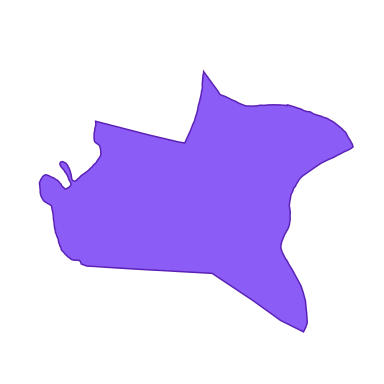 the district of Cap Estate/Mon Du Cap, Gros Islet, Saint Lucia, rotated 279°
{"feature_id": "8701671B34039397692989", "entity_name": "Cap Estate/Mon Du Cap", "entity_type": "district", "adm_level": 2, "iso_a3": "LCA", "parent_name": "Saint Lucia", "parent_adm1": "Gros Islet", "projection": "orthographic", "projection_center": [-60.937, 14.106], "detail": "fine", "context": "isolated", "style": "filled", "palette": "violet", "viewbox_px": 384, "rotation_deg": 279, "n_neighbors": 0, "source": "geoboundaries", "source_scale": "gbopen_adm2", "svg_char_len": 4927}
<svg xmlns="http://www.w3.org/2000/svg" viewBox="0 0 384 384"><g transform="rotate(279 192 192)"><path d="M261.7,344.0L264.1,342.9L265.9,341.6L268.3,339.6L270.7,337.5L273.9,335.3L275.3,334.0L276.3,332.2L278.1,330.0L279.3,327.8L282.9,321.6L284.2,318.5L284.7,316.6L285.7,314.5L286.1,312.6L286.3,310.3L287.0,308.0L287.3,305.5L287.6,303.4L287.9,301.1L288.3,299.2L289.1,297.8L289.6,296.2L289.6,294.7L289.5,293.0L289.8,290.1L290.8,287.3L291.3,284.7L291.4,283.2L291.9,281.1L292.0,279.9L292.4,277.9L292.5,275.9L292.9,274.3L292.9,272.3L292.2,272.4L292.1,270.4L292.1,268.6L291.8,266.8L291.8,265.3L291.5,263.8L291.5,263.3L291.2,261.8L291.2,260.9L290.8,258.5L290.5,256.9L290.2,255.2L289.9,253.5L289.3,251.4L288.7,248.7L288.6,247.3L288.2,245.1L287.2,242.7L286.8,240.5L286.1,237.4L286.0,236.0L285.5,232.9L285.5,232.4L285.6,231.0L285.9,229.5L286.2,227.9L286.7,225.8L287.1,224.2L288.5,220.5L288.8,219.0L289.2,217.2L289.7,215.7L290.4,213.7L290.8,211.8L291.4,210.6L291.7,209.0L292.1,207.0L292.4,205.6L292.8,204.3L294.0,203.2L295.0,202.5L296.2,201.3L312.7,184.7L311.1,184.9L309.1,184.6L306.9,184.8L305.1,184.9L303.5,185.0L301.3,185.2L299.3,185.3L297.8,185.8L295.7,186.0L293.8,185.7L292.3,185.7L290.3,185.8L282.5,185.3L279.3,184.9L277.8,184.7L276.6,184.8L273.3,184.7L271.9,184.5L270.2,184.4L268.2,184.0L265.9,183.6L262.7,183.4L259.8,182.5L258.2,182.1L253.8,181.2L253.0,181.0L239.3,177.2L239.3,171.4L241.6,140.2L246.8,85.7L246.0,85.8L245.3,86.1L244.4,86.4L243.2,86.4L242.0,86.4L241.1,86.4L240.3,86.2L239.2,86.2L238.5,86.2L237.4,86.3L236.3,86.2L235.5,86.2L234.4,86.2L233.4,86.3L231.4,86.6L230.7,86.7L229.8,86.9L229.2,87.0L228.0,87.3L227.4,87.6L226.6,87.9L226.1,88.6L225.6,89.3L224.9,90.5L224.6,91.3L224.3,92.3L223.5,93.1L223.1,93.4L222.3,94.0L221.3,94.4L220.4,94.7L219.8,95.0L219.1,95.3L218.3,95.4L217.2,95.7L216.4,95.7L215.3,96.3L214.4,96.0L213.0,95.8L211.8,95.4L210.6,94.8L209.7,94.2L208.3,93.6L207.1,93.1L206.1,92.7L205.1,92.1L204.2,91.2L203.8,90.9L202.8,90.2L201.6,89.7L200.5,88.9L199.5,88.0L198.5,87.3L197.5,86.5L196.4,85.7L195.1,84.4L194.0,83.3L192.9,82.2L192.0,81.2L190.8,80.0L188.9,78.7L188.0,78.0L186.7,76.8L186.0,76.3L185.4,76.0L184.6,75.0L184.4,74.0L184.2,73.3L184.9,72.1L185.6,71.5L186.8,70.9L187.8,70.7L188.6,70.4L189.4,70.1L190.2,70.0L191.0,69.5L191.5,69.2L192.7,68.8L193.6,68.4L194.8,67.7L196.0,67.0L196.9,66.4L197.3,65.9L198.1,65.5L199.0,64.8L200.0,63.7L200.7,62.9L201.2,61.6L201.5,60.6L201.8,59.5L201.5,58.7L201.3,58.0L200.8,57.5L200.0,57.2L199.3,57.1L198.3,57.3L197.5,58.0L196.6,58.6L195.5,59.8L193.3,62.4L192.0,63.3L191.4,64.2L190.8,64.6L189.7,65.5L188.8,66.5L187.8,66.9L187.2,67.5L186.4,67.7L184.7,68.6L183.7,69.7L182.6,70.3L181.6,71.0L180.6,71.2L180.0,71.3L179.1,70.9L178.2,70.3L177.5,69.8L176.7,68.7L176.1,68.0L175.5,67.2L175.0,66.5L175.6,65.3L176.4,64.5L177.2,63.1L178.2,61.9L179.0,61.7L180.2,60.1L181.0,59.3L181.6,58.5L182.3,57.8L182.8,56.3L183.4,54.9L184.2,53.5L184.5,52.2L184.7,51.4L184.9,50.0L185.4,48.9L185.7,48.3L185.8,47.4L185.9,46.8L186.1,46.0L186.2,45.4L186.1,44.7L185.7,44.1L185.4,43.5L185.0,43.0L183.5,41.9L182.7,41.7L182.0,41.5L180.7,40.6L179.4,40.5L178.1,40.0L176.5,40.0L175.2,40.4L173.9,40.8L172.5,41.1L170.6,41.7L168.5,42.0L167.9,42.1L166.7,42.6L165.7,42.8L164.7,43.4L163.7,43.9L163.0,44.5L161.7,45.5L160.6,46.4L160.0,47.0L159.6,47.8L159.2,48.5L158.7,49.8L158.4,50.4L157.7,52.4L157.5,53.1L157.2,53.7L156.8,54.6L156.4,55.1L155.7,55.6L154.3,56.2L153.4,56.3L152.9,56.5L152.1,56.9L150.3,57.6L148.2,58.3L147.3,58.5L145.6,59.0L143.7,59.3L141.6,60.1L140.8,60.4L139.2,60.8L138.2,61.0L135.9,61.7L134.1,62.2L132.5,63.1L130.6,63.5L129.5,64.3L128.4,64.9L127.3,65.3L126.6,65.9L125.6,66.5L124.4,67.3L123.2,67.6L122.1,68.0L121.1,68.3L120.1,69.0L118.9,69.6L117.7,70.1L116.7,71.2L115.6,71.5L114.8,71.9L114.2,72.3L113.7,72.8L113.3,73.5L113.0,73.9L112.2,74.9L111.5,75.6L110.9,76.3L110.1,77.4L109.4,78.5L108.9,79.0L108.4,79.9L108.0,80.9L107.3,82.2L106.6,83.1L106.4,84.3L106.2,85.2L106.3,86.8L106.4,87.5L106.6,88.2L106.6,89.4L106.7,90.1L106.7,91.0L106.8,91.6L106.2,92.2L105.8,92.6L105.2,93.0L104.6,93.4L103.6,93.9L103.1,96.2L102.4,99.7L106.9,147.1L114.8,224.6L94.6,268.6L78.9,299.8L71.3,324.0L76.7,325.7L80.8,326.3L84.6,325.5L90.7,324.1L97.0,322.4L102.1,321.1L109.6,317.8L115.9,314.6L120.3,311.3L125.9,307.0L130.5,303.5L135.6,299.1L138.4,297.1L140.2,295.5L141.3,294.4L142.6,293.4L143.8,292.6L145.2,291.6L146.3,290.7L148.7,289.5L150.2,288.7L152.6,288.2L155.4,288.3L158.2,288.6L159.0,288.9L162.7,289.7L165.4,290.4L166.7,291.0L169.1,291.9L170.9,292.6L173.6,293.1L175.2,293.3L178.7,293.2L179.8,293.3L184.4,292.5L187.3,292.2L189.5,291.6L191.8,290.9L193.5,290.2L197.2,290.1L201.9,290.2L204.1,290.1L206.9,290.8L209.1,291.5L212.0,291.9L213.8,293.3L215.5,293.6L217.6,294.5L220.0,295.4L222.1,296.5L223.8,297.6L225.6,299.2L236.7,310.7L237.2,311.3L240.5,314.8L242.6,317.7L244.5,320.4L246.2,323.0L248.4,326.6L251.1,329.9L252.9,332.6L255.2,335.5L257.5,339.1L259.6,342.0L261.7,344.0Z" fill="#8b5cf6" stroke="#5b21b6" stroke-width="1.5"/></g></svg>